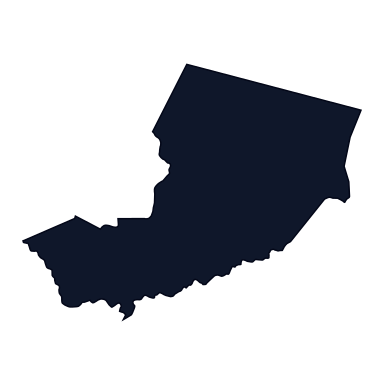 the district of San Marcos de Caiquin, Lempira, Honduras
{"feature_id": "27666195B28555901802935", "entity_name": "San Marcos de Caiquin", "entity_type": "district", "adm_level": 2, "iso_a3": "HND", "parent_name": "Honduras", "parent_adm1": "Lempira", "projection": "natural_earth1", "projection_center": [-88.626, 14.387], "detail": "fine", "context": "isolated", "style": "filled", "palette": "ink", "viewbox_px": 384, "rotation_deg": 0, "n_neighbors": 0, "source": "geoboundaries", "source_scale": "gbopen_adm2", "svg_char_len": 5898}
<svg xmlns="http://www.w3.org/2000/svg" viewBox="0 0 384 384"><path d="M186.8,64.4L152.6,131.7L154.2,133.4L155.0,135.1L155.9,136.2L156.9,137.0L158.4,137.9L159.2,138.7L159.8,139.6L160.3,140.8L160.6,141.7L160.8,142.6L160.8,144.1L160.6,145.6L160.2,146.7L159.7,150.1L159.6,152.0L159.2,154.2L159.5,155.5L161.1,157.6L163.0,159.2L164.5,159.7L166.2,161.5L167.6,162.9L169.2,163.2L170.3,164.1L170.6,165.6L170.3,167.0L169.2,169.1L169.0,169.9L169.2,171.0L169.5,172.4L169.6,173.3L169.0,174.2L166.9,176.2L166.0,177.3L163.8,179.9L162.8,181.0L161.6,181.5L160.2,182.4L158.8,183.3L157.5,184.4L156.5,185.5L155.8,186.3L154.9,187.7L154.5,189.1L154.5,191.3L154.8,194.0L154.5,202.9L153.9,205.6L153.4,207.5L152.9,211.5L151.3,215.9L149.4,218.0L148.1,218.6L146.8,218.8L145.8,218.9L144.4,218.6L118.0,218.7L118.4,224.2L118.3,225.9L117.4,226.8L116.4,227.2L115.7,227.3L113.8,227.1L112.5,226.8L109.3,225.7L107.7,225.4L105.8,225.2L104.2,225.5L103.0,226.3L102.0,227.1L101.2,228.1L100.4,229.2L75.4,216.1L74.7,218.5L23.0,240.9L23.2,241.3L23.3,242.0L23.5,242.3L23.7,242.5L24.4,242.7L25.9,243.0L26.7,243.2L27.7,243.2L28.0,243.3L28.2,243.5L28.7,244.9L29.2,246.3L30.1,249.4L30.5,250.2L30.7,250.5L30.9,250.7L31.2,250.9L31.5,251.0L33.0,251.1L34.5,251.2L35.8,251.0L36.3,251.0L36.8,251.2L37.1,251.5L37.6,252.1L37.9,252.6L38.1,253.2L38.3,254.2L38.5,255.0L39.1,255.9L39.8,256.8L40.3,257.4L40.9,257.9L43.1,259.2L44.2,260.1L44.5,260.4L44.7,260.9L45.1,262.5L45.7,264.5L46.5,266.7L46.9,267.4L47.2,267.7L48.1,268.3L48.9,268.6L50.0,268.9L50.5,269.1L51.3,269.6L52.0,270.1L52.1,270.3L52.1,270.9L52.2,275.3L52.5,275.9L53.1,276.7L53.5,277.1L54.2,277.6L54.4,277.9L54.5,278.2L54.7,278.9L54.7,280.1L54.9,281.0L55.2,282.2L55.6,283.6L58.9,285.4L59.0,285.5L59.2,285.9L59.4,286.8L59.5,287.7L59.4,288.3L59.0,289.7L59.0,290.6L59.1,291.8L59.3,292.9L59.4,293.3L59.9,294.1L61.2,295.8L61.4,296.2L61.6,296.6L61.7,297.2L61.8,297.8L61.8,300.0L61.9,301.2L62.0,302.2L62.2,302.7L62.3,303.0L62.6,303.3L63.9,304.3L64.9,305.0L66.2,305.6L68.0,306.4L69.2,306.8L69.9,306.9L72.8,306.9L75.8,306.7L77.0,306.6L77.8,306.4L78.3,306.3L78.8,306.0L79.3,305.6L79.9,305.1L80.9,304.1L81.9,302.6L82.2,302.4L82.5,302.2L82.9,302.2L83.9,302.2L84.6,302.1L89.2,300.5L89.9,300.3L90.2,300.4L90.3,300.5L90.8,301.3L91.3,301.9L92.7,302.7L92.9,302.8L93.2,302.7L94.0,302.5L95.0,301.9L95.9,301.4L97.4,300.4L98.4,299.8L99.3,299.5L100.0,299.2L100.9,299.0L101.6,299.0L102.7,299.1L103.8,299.3L104.9,299.7L105.8,300.2L106.2,300.6L109.1,304.8L110.8,306.4L111.3,306.9L111.7,307.1L112.0,307.1L113.0,306.5L114.6,305.5L116.5,304.0L117.7,303.3L118.4,303.1L118.9,303.0L119.4,303.1L119.8,303.3L120.2,303.7L120.6,304.2L121.0,305.2L121.3,305.9L121.3,306.2L121.3,306.4L121.1,306.8L120.6,307.6L120.3,308.2L119.8,310.2L119.6,311.2L119.6,311.3L121.5,312.0L123.4,312.5L123.6,312.6L124.8,313.9L125.7,314.7L125.7,314.9L123.3,319.6L125.9,318.1L129.5,315.9L131.3,314.8L131.6,314.4L132.6,312.4L133.6,309.9L134.3,308.1L134.6,307.1L134.7,306.6L134.7,306.1L134.6,305.6L134.4,305.3L133.8,304.9L133.5,304.5L133.2,303.9L133.0,303.1L132.9,302.5L132.9,301.9L133.1,301.4L133.4,300.9L133.8,300.5L134.3,300.2L135.6,299.8L137.3,299.6L139.0,299.7L139.6,299.7L140.1,299.6L140.8,299.4L141.2,299.1L141.6,298.7L142.5,297.3L143.3,296.4L144.1,295.6L144.6,295.3L144.8,295.2L145.2,295.2L146.4,295.5L147.5,296.0L149.0,296.9L150.1,297.3L152.3,297.9L153.1,298.0L153.8,298.0L154.2,297.8L154.4,297.4L154.6,297.0L154.5,296.4L154.6,296.0L154.8,295.6L155.1,295.3L155.3,295.1L155.6,295.0L156.0,295.0L156.5,295.0L156.8,294.9L158.0,293.8L159.2,292.8L159.5,292.6L159.8,292.6L160.5,292.8L161.2,293.1L162.1,293.5L163.8,294.5L165.8,295.4L166.6,295.6L170.5,296.6L171.3,296.5L172.4,296.3L173.1,296.0L173.3,295.9L174.1,295.0L174.7,294.2L175.1,293.9L178.3,291.9L179.1,291.5L180.3,291.1L181.0,290.6L181.5,290.1L182.0,289.2L182.6,288.3L183.6,287.1L183.8,286.9L184.0,286.9L185.1,287.2L185.5,287.4L185.9,287.8L186.1,287.9L186.5,287.6L187.0,287.0L187.6,286.3L188.8,285.2L189.0,285.1L189.4,285.0L189.9,285.1L190.3,285.1L190.5,285.1L190.9,284.9L191.5,284.3L192.1,283.4L192.3,282.9L192.8,281.6L193.3,280.8L194.1,279.9L194.4,279.6L194.7,279.5L195.2,279.4L195.6,279.4L196.2,279.6L196.9,279.9L198.1,280.8L199.5,282.1L200.0,282.5L200.9,282.9L201.1,282.9L201.5,282.8L202.3,283.7L203.0,284.5L204.2,284.5L205.4,284.4L205.7,284.3L206.1,284.0L206.7,283.1L207.2,282.6L210.9,279.1L213.8,276.4L214.5,275.8L215.0,275.5L215.8,275.3L216.5,275.1L218.0,275.0L219.5,275.5L221.4,276.2L221.8,276.2L222.7,276.0L223.7,275.6L225.2,274.7L226.3,274.0L227.2,274.0L228.1,274.2L228.4,274.1L228.7,273.9L229.1,273.3L229.5,272.4L230.1,270.8L230.5,269.9L231.7,267.5L232.3,266.5L232.4,266.4L234.7,267.0L234.9,267.0L235.1,266.9L235.4,266.3L235.6,266.0L236.6,265.3L237.2,265.1L237.9,264.8L238.6,264.6L240.0,264.6L240.5,264.5L240.8,264.4L241.0,264.0L240.9,263.3L241.0,262.7L241.4,261.1L241.6,260.7L241.9,260.3L242.2,260.0L242.5,259.8L242.8,259.8L243.2,259.8L244.2,260.0L245.5,260.4L246.9,261.1L247.4,261.3L250.9,261.9L252.1,262.0L252.4,261.9L252.9,261.7L254.9,259.8L255.2,259.6L255.5,259.5L256.4,259.5L258.1,259.7L261.6,260.0L262.4,260.0L262.7,260.0L263.0,259.8L264.4,258.7L265.2,258.2L265.9,258.1L267.7,258.2L268.6,258.0L268.8,257.8L268.9,257.6L268.9,257.0L269.0,255.2L268.8,253.7L268.8,253.2L269.0,252.8L269.5,252.3L269.8,251.9L270.0,251.5L270.3,250.8L270.4,250.5L270.7,250.2L271.0,250.0L271.6,249.7L272.3,249.5L273.0,249.3L273.6,249.3L274.0,249.4L274.4,249.8L274.7,249.9L276.9,250.5L277.5,250.7L278.0,250.9L279.0,250.7L280.1,250.5L282.3,250.4L283.4,248.4L284.2,246.8L285.6,244.9L287.0,243.5L290.5,241.6L323.9,199.9L324.7,199.0L326.9,198.0L328.8,197.3L329.1,197.2L329.8,197.3L331.0,197.5L332.8,198.1L333.1,198.1L337.4,198.2L337.8,198.3L338.6,198.7L340.8,199.8L343.0,201.1L343.6,201.6L344.2,202.2L344.5,202.3L344.9,202.1L345.5,200.9L346.7,199.1L348.9,197.6L349.2,197.3L349.4,196.8L349.5,196.3L348.8,181.8L344.1,166.3L350.1,137.2L361.0,110.2L186.8,64.4Z" fill="#0f172a" stroke="#020617" stroke-width="1.5"/></svg>